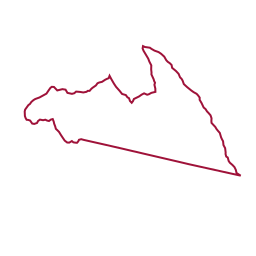 outline of Água Doce do Maranhão, Maranhão, Brazil, rotated 255°
{"feature_id": "56859067B66472645750335", "entity_name": "Água Doce do Maranhão", "entity_type": "district", "adm_level": 2, "iso_a3": "BRA", "parent_name": "Brazil", "parent_adm1": "Maranhão", "projection": "orthographic", "projection_center": [-42.139, -2.924], "detail": "fine", "context": "isolated", "style": "outline", "palette": "rose", "viewbox_px": 256, "rotation_deg": 255, "n_neighbors": 0, "source": "geoboundaries", "source_scale": "gbopen_adm2", "svg_char_len": 2101}
<svg xmlns="http://www.w3.org/2000/svg" viewBox="0 0 256 256"><g transform="rotate(255 128 128)"><path d="M52.8,224.5L56.4,221.2L59.7,221.3L62.7,220.7L65.3,219.3L68.1,217.4L70.1,216.7L73.7,216.7L75.0,215.5L77.6,215.5L79.2,216.0L83.4,216.6L86.8,215.8L90.6,216.4L92.6,215.9L94.9,215.5L99.5,215.4L101.9,214.2L104.2,213.2L106.4,212.6L111.3,210.0L113.0,210.3L115.8,211.2L118.9,211.0L121.8,209.6L123.6,208.6L126.2,207.8L128.2,206.4L133.1,205.5L136.7,204.5L138.8,205.1L141.4,204.1L143.3,203.1L145.6,200.7L147.9,198.8L152.2,195.7L153.9,194.6L156.0,193.3L159.7,193.0L161.8,192.4L163.4,191.4L167.2,190.9L170.6,189.1L174.7,186.2L177.6,186.4L179.7,185.2L181.7,183.5L183.6,182.5L187.5,181.5L191.1,179.2L193.4,177.2L195.9,173.6L198.4,171.1L199.9,169.9L201.9,165.2L203.2,163.7L201.1,162.7L198.6,163.0L189.8,165.5L186.7,165.8L182.5,166.7L178.4,165.5L175.6,165.1L173.7,164.5L168.4,165.4L166.7,165.4L164.7,165.8L162.9,164.7L159.0,164.6L155.8,163.8L155.9,159.7L155.2,156.8L155.2,155.1L157.3,152.5L156.7,149.8L155.6,146.8L154.5,141.2L152.7,139.8L151.4,138.1L153.6,136.9L156.5,136.7L157.8,135.4L160.4,134.4L162.4,131.1L166.1,129.5L170.9,127.1L174.5,125.9L176.7,125.3L179.7,124.5L183.2,123.7L181.1,122.2L180.9,120.3L180.5,118.4L179.3,114.8L179.4,112.0L179.1,110.1L177.4,108.0L176.0,104.1L175.2,102.5L173.8,100.5L174.3,98.8L173.7,97.3L173.9,94.0L175.2,91.2L176.6,87.3L175.5,85.1L175.5,82.7L177.6,78.6L181.2,77.6L182.5,74.7L182.6,69.4L186.8,67.1L187.5,65.0L186.8,63.4L185.0,61.2L182.3,58.1L180.4,50.4L180.0,45.9L179.4,43.9L178.2,41.4L176.6,39.5L175.9,37.7L172.4,33.4L170.7,32.5L166.2,31.5L164.0,31.7L162.2,32.2L161.6,33.8L160.5,35.4L157.1,36.6L156.2,38.5L156.4,41.4L158.0,42.9L158.9,45.1L157.5,48.0L157.4,50.3L156.1,51.8L155.2,53.5L156.1,55.6L156.1,57.6L153.2,57.9L151.3,57.8L148.4,58.1L145.9,58.1L143.8,59.4L142.0,60.4L138.9,61.3L135.6,62.4L132.2,63.6L129.7,65.5L129.1,67.5L129.9,70.4L128.3,71.5L127.5,73.3L126.9,74.9L127.9,76.4L129.3,77.6L129.3,79.9L127.9,82.3L117.5,102.1L109.4,117.4L104.4,126.7L103.0,129.4L99.7,135.5L88.5,156.5L82.2,168.3L77.4,177.2L52.8,224.5Z" fill="none" stroke="#9f1239" stroke-width="2"/></g></svg>